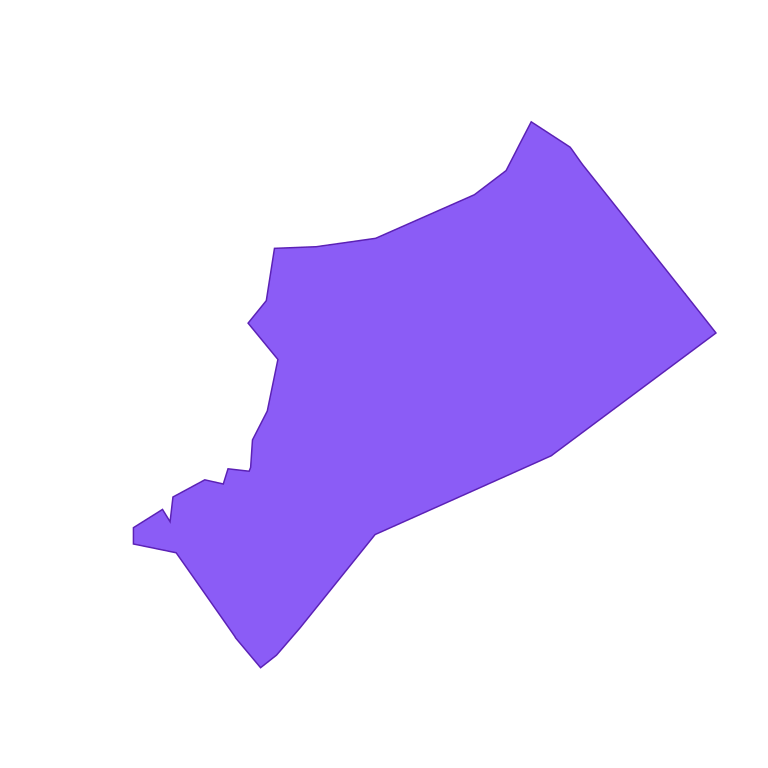 outline of Iredell, North Carolina, United States of America, rotated 50°
{"feature_id": "52423323B78922386378350", "entity_name": "Iredell", "entity_type": "district", "adm_level": 2, "iso_a3": "USA", "parent_name": "United States of America", "parent_adm1": "North Carolina", "projection": "albers", "projection_center": [-80.877, 35.774], "detail": "fine", "context": "isolated", "style": "filled", "palette": "violet", "viewbox_px": 768, "rotation_deg": 50, "n_neighbors": 0, "source": "geoboundaries", "source_scale": "gbopen_adm2", "svg_char_len": 826}
<svg xmlns="http://www.w3.org/2000/svg" viewBox="0 0 768 768"><g transform="rotate(50 384 384)"><path d="M334.9,618.3L352.0,636.4L337.7,634.3L333.0,668.3L345.5,678.8L379.7,651.7L417.2,654.9L419.5,655.1L471.1,659.6L482.1,660.6L482.7,660.9L522.0,660.9L522.6,640.6L516.9,605.3L493.6,487.6L537.3,334.3L544.7,308.2L546.5,301.9L546.6,299.3L546.8,295.5L549.7,245.4L558.3,96.9L536.1,96.2L525.2,95.9L511.6,95.5L509.9,95.4L509.1,95.5L508.7,95.3L508.1,95.3L507.6,95.4L400.9,92.4L375.7,91.7L344.6,90.9L341.0,90.7L333.8,90.1L325.8,89.4L322.2,89.2L277.8,102.7L287.7,126.5L290.9,134.0L299.0,153.3L297.1,193.1L267.0,296.8L235.1,347.9L209.7,380.7L244.5,420.6L250.0,449.0L297.0,449.5L329.7,490.8L342.3,520.7L362.2,539.8L364.1,543.4L348.7,558.0L357.3,571.4L342.2,582.9L334.9,618.3Z" fill="#8b5cf6" stroke="#5b21b6" stroke-width="1.5"/></g></svg>